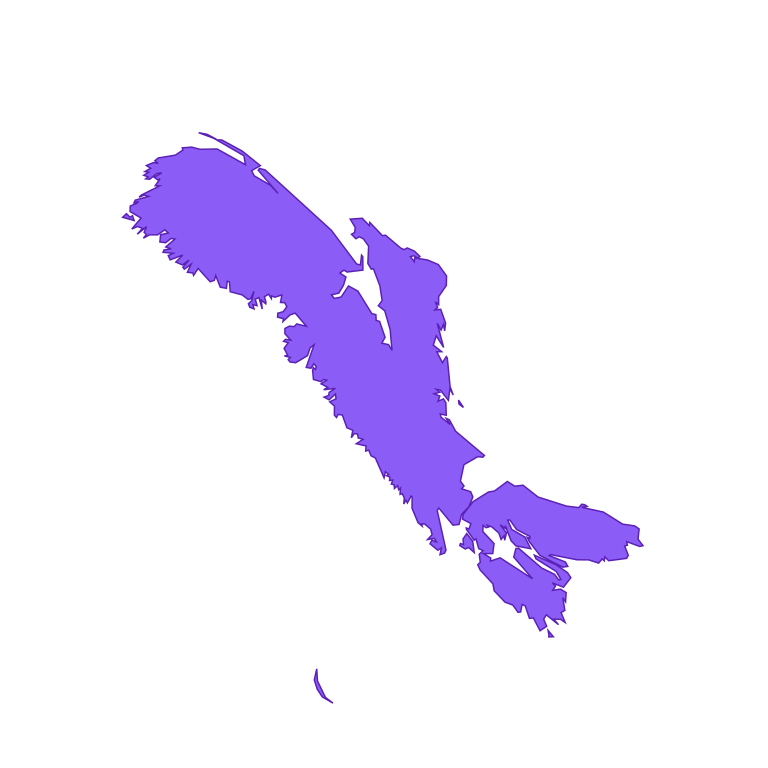 outline of Nova Scotia, rotated 74°
{"feature_id": "CAN-685", "entity_name": "Nova Scotia", "entity_type": "Province", "adm_level": 1, "iso_a3": "CAN", "parent_name": "Canada", "parent_adm1": "", "projection": "equal_earth", "projection_center": [-62.958, 45.228], "detail": "fine", "context": "isolated", "style": "filled", "palette": "violet", "viewbox_px": 768, "rotation_deg": 74, "n_neighbors": 0, "source": "natural_earth", "source_scale": "10m", "svg_char_len": 6174}
<svg xmlns="http://www.w3.org/2000/svg" viewBox="0 0 768 768"><g transform="rotate(74 384 384)"><path d="M284.2,298.8L297.4,294.1L306.4,296.9L315.0,307.3L322.8,309.6L319.2,312.0L325.1,311.3L326.8,314.6L327.8,308.9L342.4,308.0L349.7,311.1L343.1,310.4L347.9,314.3L340.3,316.1L365.3,316.6L352.1,320.5L360.2,325.9L368.8,319.7L367.6,324.4L379.6,321.9L374.8,316.6L376.5,316.0L404.8,321.2L413.7,320.5L406.6,321.9L417.4,326.6L405.4,331.5L403.6,335.1L407.3,332.7L407.2,338.5L411.0,333.6L415.4,336.8L414.7,330.9L419.2,329.7L431.2,332.8L428.3,338.2L431.7,338.3L441.2,331.6L434.2,333.7L436.4,331.0L449.1,328.2L480.4,307.2L481.6,309.2L479.7,313.9L483.6,329.4L498.4,337.3L504.1,335.2L506.1,338.3L511.4,330.4L517.1,329.7L525.3,336.2L530.7,345.3L539.7,350.6L538.7,356.6L518.3,365.5L520.2,367.7L560.8,370.2L563.2,372.4L563.5,377.2L557.4,374.0L558.6,378.1L550.3,383.8L547.3,381.0L550.2,377.2L546.3,378.1L545.5,385.0L542.1,379.3L536.3,379.2L530.0,383.3L528.8,386.5L531.1,386.5L526.7,389.5L511.0,391.3L500.5,388.1L499.2,388.8L504.8,394.3L501.7,395.0L504.8,398.1L499.1,395.9L494.5,396.6L494.5,399.0L488.5,396.8L489.7,399.0L485.5,399.0L487.3,402.8L483.7,402.0L482.2,404.6L478.8,402.0L478.3,405.3L475.3,404.0L472.8,406.8L472.3,404.4L468.7,406.8L474.2,409.8L452.7,412.7L449.5,416.2L443.4,416.9L443.4,420.1L438.6,418.3L433.8,427.1L431.4,419.4L428.7,423.7L424.8,423.2L423.5,426.3L426.6,430.2L419.9,426.7L415.8,431.7L402.4,432.6L400.6,436.4L403.1,438.9L400.2,440.3L391.5,437.7L386.2,441.1L385.0,434.2L380.2,433.4L384.1,441.1L380.1,445.2L379.8,440.3L376.9,439.0L374.8,432.0L372.9,443.6L371.7,438.9L366.5,444.5L364.5,438.1L363.0,441.0L364.5,443.6L360.2,450.6L351.0,448.8L348.7,447.4L351.2,445.9L348.6,444.3L345.2,445.9L348.7,449.9L346.6,454.2L327.0,440.4L328.9,445.0L335.7,449.8L339.2,463.1L336.9,468.3L334.2,469.4L332.7,466.7L329.5,472.0L329.9,468.7L322.2,470.2L317.9,464.7L315.3,468.8L313.9,466.3L316.1,461.6L308.2,465.4L303.3,463.9L302.3,459.0L304.1,454.5L302.2,451.4L307.1,442.7L291.4,449.8L291.7,455.3L296.1,463.9L293.5,462.6L290.4,467.9L286.7,466.6L286.7,460.9L282.9,456.1L278.5,457.0L277.1,461.0L270.2,457.6L270.5,464.9L268.3,467.9L270.8,468.7L265.9,470.2L267.1,474.9L272.8,474.9L274.3,475.6L269.5,478.8L278.4,480.4L266.4,480.4L267.0,484.4L273.7,484.4L271.5,488.2L276.0,488.2L273.2,491.9L269.4,492.2L267.5,488.2L259.1,483.5L265.3,488.6L265.2,491.4L259.3,495.7L252.9,506.4L243.3,504.4L242.0,506.4L248.6,509.1L245.8,514.7L233.4,515.9L237.6,518.5L237.8,522.9L221.7,530.8L227.1,537.1L224.6,537.1L222.4,542.2L215.7,536.4L218.6,544.3L216.3,545.1L211.1,537.2L214.0,544.9L209.4,550.5L204.6,541.9L205.7,555.3L201.1,556.0L200.3,550.5L196.5,560.1L194.5,558.5L195.4,551.3L192.1,556.0L187.0,545.0L185.4,548.5L188.0,555.0L185.7,560.3L178.9,557.6L179.4,549.7L175.4,552.2L178.2,560.6L176.0,568.3L177.5,575.1L174.8,571.2L172.1,572.8L167.3,568.8L172.0,579.9L167.8,573.3L164.7,577.5L165.5,583.7L157.5,571.8L148.2,580.6L142.9,578.8L142.1,571.4L141.0,570.3L140.8,574.3L138.7,572.4L138.8,558.5L136.3,562.4L136.9,568.0L135.5,565.1L131.7,545.0L130.3,549.2L125.0,542.7L125.7,545.0L121.9,548.0L119.8,539.4L119.1,544.5L122.6,552.9L121.1,556.5L120.0,553.6L117.1,557.4L115.6,551.8L113.9,555.3L112.3,548.9L108.5,552.2L107.6,544.5L109.7,540.2L106.2,542.7L104.5,538.7L106.5,521.4L103.7,512.9L101.4,512.8L103.3,503.6L107.7,496.1L112.1,479.6L135.0,456.8L126.0,455.7L103.2,477.7L104.7,472.7L121.0,456.1L140.0,442.7L142.4,452.5L148.1,451.4L162.0,438.1L171.5,433.4L143.8,446.0L142.4,444.3L145.5,439.2L221.8,392.2L261.2,377.2L263.0,373.8L254.0,370.1L255.8,369.3L268.7,372.9L266.2,388.6L263.5,391.1L265.2,395.8L270.7,391.1L277.9,395.7L284.2,402.4L283.8,409.9L288.0,408.3L288.6,401.3L280.0,391.1L287.5,383.5L313.0,376.3L315.1,372.7L320.7,374.0L322.6,371.0L339.4,370.1L344.2,374.8L347.4,368.8L353.8,367.0L333.4,363.1L313.8,363.1L307.2,367.9L303.3,362.8L288.5,360.9L270.3,362.4L270.1,364.6L263.7,366.3L247.2,360.8L238.8,363.8L235.7,367.1L236.6,371.0L231.1,374.0L230.3,370.5L225.6,368.5L216.2,371.0L218.7,359.2L227.7,354.5L224.8,353.1L241.0,344.6L241.4,341.5L257.9,330.5L260.4,327.5L259.6,324.2L264.7,318.1L271.3,314.3L272.3,316.7L269.0,319.9L268.8,323.5L274.8,321.2L271.3,319.7L276.7,308.1L284.2,298.8ZM640.4,318.1L632.0,321.1L627.1,327.8L613.1,335.1L606.1,334.4L589.1,342.9L583.5,343.7L582.0,340.6L573.9,339.4L571.5,334.7L568.4,338.3L558.2,338.3L558.9,340.4L546.6,344.8L545.1,344.6L546.8,342.3L542.1,339.0L535.5,345.8L531.0,343.7L521.6,330.7L516.6,313.3L517.3,307.3L511.7,292.3L518.3,286.4L519.6,278.3L535.1,267.1L551.7,242.2L556.5,230.8L554.1,227.1L555.3,224.4L557.6,222.5L557.0,228.0L567.6,208.4L584.5,193.2L589.5,182.1L593.7,178.7L603.1,182.6L610.8,179.6L610.6,183.0L602.4,194.2L606.1,194.5L606.0,197.3L616.0,196.4L618.5,198.8L615.8,216.7L611.1,219.4L614.7,221.0L612.3,222.5L615.3,227.1L609.5,235.7L606.1,247.1L593.9,270.9L594.5,272.5L605.1,258.7L610.0,257.6L609.3,262.7L591.7,281.4L575.7,287.7L570.8,288.7L572.6,286.4L570.7,285.8L560.4,296.7L549.5,300.4L548.9,302.6L559.0,301.3L569.9,290.8L582.8,288.3L576.0,301.8L569.8,305.0L553.7,306.5L556.1,307.3L551.4,311.1L560.9,307.3L567.5,311.1L563.0,310.4L565.7,314.3L558.9,314.7L551.1,319.7L548.4,323.5L550.3,322.8L550.3,325.5L547.3,327.7L553.0,329.7L567.7,322.2L577.0,326.2L574.4,335.1L580.7,329.4L583.6,330.4L583.1,320.3L612.2,294.9L586.2,307.0L578.5,302.6L578.9,299.9L604.2,283.3L614.0,272.5L620.4,270.1L620.7,267.9L611.7,270.1L594.0,286.1L590.0,286.6L605.2,268.4L615.9,259.6L621.7,257.8L628.8,267.5L621.5,277.1L625.5,274.8L628.9,278.7L629.8,270.9L634.7,266.4L643.4,269.5L638.7,271.0L651.5,272.6L652.5,276.8L663.2,275.6L658.7,279.3L656.9,285.6L663.4,282.6L650.7,291.6L654.0,295.3L661.7,294.4L664.2,302.0L650.0,304.9L649.4,308.8L636.2,309.4L634.0,312.0L640.8,315.5L640.4,318.1ZM559.5,342.1L570.9,343.7L564.5,347.7L565.0,351.4L560.2,355.7L558.4,354.5L560.3,351.9L554.7,350.7L550.6,345.7L559.5,342.1ZM669.1,526.7L676.7,521.0L667.9,529.5L659.1,532.3L649.3,532.6L639.3,527.2L651.1,529.8L669.1,526.7ZM153.7,582.2L152.9,579.4L158.0,579.1L151.7,589.3L149.3,584.6L153.7,582.2ZM95.2,485.3L102.6,477.6L91.3,492.9L95.2,485.3ZM672.5,295.3L671.0,294.7L666.1,294.2L673.6,290.9L672.5,295.3ZM420.0,316.8L428.4,314.1L424.1,317.4L420.0,316.8Z" fill="#8b5cf6" stroke="#5b21b6" stroke-width="1.5"/></g></svg>